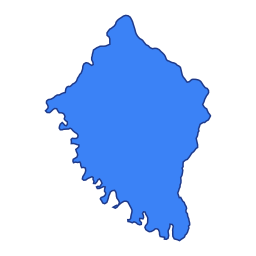 outline of Dom Bosco, Minas Gerais, Brazil
{"feature_id": "56859067B94759180544499", "entity_name": "Dom Bosco", "entity_type": "district", "adm_level": 2, "iso_a3": "BRA", "parent_name": "Brazil", "parent_adm1": "Minas Gerais", "projection": "robinson", "projection_center": [-46.303, -16.742], "detail": "fine", "context": "isolated", "style": "filled", "palette": "blue", "viewbox_px": 256, "rotation_deg": 0, "n_neighbors": 0, "source": "geoboundaries", "source_scale": "gbopen_adm2", "svg_char_len": 4843}
<svg xmlns="http://www.w3.org/2000/svg" viewBox="0 0 256 256"><path d="M93.5,50.0L92.9,52.6L92.4,54.4L92.2,56.0L91.7,57.5L91.7,59.8L92.9,62.2L93.2,64.5L91.7,65.4L90.0,64.4L88.1,63.1L86.0,62.7L83.9,63.9L82.9,66.2L82.6,69.0L81.8,71.4L81.1,73.1L79.8,74.4L78.8,76.3L77.6,78.1L77.0,79.8L76.3,81.4L74.6,83.1L72.7,84.0L71.3,85.5L70.0,86.5L68.3,86.4L66.8,87.2L65.9,88.8L65.5,90.8L65.3,92.5L63.5,92.9L61.4,93.7L59.5,94.9L57.2,95.0L55.1,96.3L54.0,97.4L52.8,98.2L50.9,99.2L48.3,99.6L46.6,101.0L46.4,103.0L47.4,104.6L48.1,106.2L48.1,107.8L47.0,109.3L45.5,110.8L47.1,112.5L49.7,112.6L51.0,111.5L52.8,109.7L54.6,108.5L56.7,108.7L57.7,110.7L59.2,112.8L61.5,112.8L63.0,113.3L64.2,114.4L65.0,116.5L64.2,118.9L65.4,120.5L67.3,121.8L67.4,124.3L66.2,125.8L64.6,125.1L63.5,123.7L62.2,122.5L60.3,124.2L59.5,126.3L59.2,128.1L60.3,129.8L62.1,129.8L63.6,129.3L66.3,129.1L68.7,129.0L70.0,128.2L71.5,128.9L73.0,130.7L74.6,132.1L76.0,133.0L77.3,134.0L78.1,135.5L77.7,137.4L76.3,138.4L74.3,138.5L72.3,138.3L71.1,139.4L71.4,141.9L71.3,143.6L73.4,143.5L75.2,143.9L76.8,144.5L78.9,145.0L78.8,146.8L77.2,148.4L75.8,149.4L76.4,151.5L77.3,153.4L77.7,155.0L76.9,157.1L74.8,158.4L73.2,159.3L72.9,161.1L73.5,162.7L75.5,162.1L77.7,162.5L79.8,162.0L80.6,163.5L80.8,165.5L81.6,167.6L83.6,167.4L85.4,168.1L85.7,170.8L85.1,172.8L84.1,174.7L82.9,176.5L82.3,179.0L83.7,180.2L85.8,180.0L87.6,178.6L89.1,177.9L90.6,177.3L91.9,176.7L93.2,177.5L93.0,179.4L94.0,181.3L93.5,183.4L95.3,183.6L96.9,181.8L98.0,179.8L99.5,178.9L100.9,180.7L102.0,183.3L100.7,185.2L99.7,186.6L97.9,186.3L96.5,186.9L97.3,188.5L99.3,188.5L101.4,187.6L103.4,186.6L105.2,187.0L104.6,189.2L104.5,191.2L105.7,192.9L105.5,194.6L104.3,196.1L102.6,197.0L101.1,197.5L100.3,198.9L101.6,200.8L102.8,203.0L104.7,203.7L106.8,202.4L107.7,200.1L108.4,197.8L108.8,195.8L109.7,193.9L110.4,192.0L112.2,190.7L114.6,190.3L115.9,192.3L116.3,194.2L116.4,196.1L117.0,198.3L118.2,199.8L119.4,202.2L118.5,205.3L120.7,203.3L122.4,202.2L124.2,201.2L126.2,201.2L127.8,201.9L128.9,203.8L129.9,205.8L131.1,208.0L132.0,210.1L131.9,212.2L131.4,214.1L130.9,216.4L130.7,218.3L129.7,219.7L127.8,219.7L128.0,221.5L130.2,221.9L132.3,222.8L134.0,221.8L136.0,222.6L137.7,224.1L139.7,224.8L141.3,224.4L141.4,222.6L139.6,220.5L139.7,218.5L141.4,218.5L142.9,218.9L143.6,217.5L143.4,215.4L142.5,213.6L143.5,211.8L145.1,212.1L145.8,214.3L146.8,215.8L147.8,217.9L147.7,220.5L147.6,222.7L146.8,224.3L145.6,225.6L144.9,227.4L145.8,229.6L147.5,230.8L149.2,231.7L151.2,231.5L153.7,230.2L155.3,228.8L157.0,228.8L158.3,229.5L159.4,231.8L159.6,234.7L160.2,236.5L162.3,236.9L164.6,237.3L164.4,239.1L166.3,239.3L168.0,238.3L168.7,235.6L168.4,233.6L168.1,231.9L168.3,230.2L169.2,228.7L169.9,226.5L170.0,224.2L172.3,224.5L173.3,226.2L172.9,228.2L172.6,230.1L172.8,232.0L172.7,233.8L172.9,236.4L174.3,238.9L175.9,239.3L177.5,239.7L179.5,240.6L181.5,239.1L183.1,238.1L184.5,237.0L185.2,235.0L186.4,234.0L187.5,232.1L188.2,229.8L188.9,228.1L188.5,226.1L189.7,224.9L189.6,222.9L189.0,220.5L188.7,218.7L187.7,216.3L187.4,213.7L186.1,212.2L185.9,210.2L186.6,208.4L186.1,206.5L184.9,204.4L184.2,202.4L182.8,201.2L181.6,199.1L180.7,197.4L179.3,197.7L178.4,195.0L177.7,193.0L178.5,191.1L179.2,188.7L180.0,187.0L180.1,184.9L180.9,182.8L181.0,180.4L180.7,177.6L181.9,175.4L182.4,173.1L182.8,170.3L182.1,168.1L183.1,166.7L183.0,164.9L183.2,162.0L185.4,160.1L187.3,159.4L189.1,157.2L190.3,155.4L191.7,153.2L193.8,151.5L195.0,149.9L196.1,148.4L197.6,147.5L197.6,144.7L196.8,141.3L196.2,138.3L197.4,136.1L197.8,134.2L198.0,132.4L198.9,131.0L198.5,129.0L199.4,126.6L200.1,124.3L201.7,123.3L203.3,122.4L204.7,122.5L206.4,121.0L208.4,119.9L209.4,118.1L210.5,115.9L209.6,114.3L208.5,113.1L207.5,111.0L206.7,108.9L205.0,107.8L203.9,106.6L202.7,104.4L204.0,101.7L204.7,99.3L205.6,97.6L206.5,95.8L207.7,94.3L208.6,92.6L208.5,90.4L207.2,88.5L205.2,87.7L203.4,85.5L202.0,83.3L200.8,81.5L199.5,80.5L198.1,79.9L195.9,79.4L193.8,79.3L192.1,79.4L190.8,80.3L189.3,81.7L187.2,82.2L186.0,80.7L184.8,78.9L183.2,77.0L182.3,75.2L181.7,72.8L181.1,70.1L180.4,67.3L178.9,66.0L177.2,65.2L175.7,63.7L173.9,62.9L172.2,62.6L170.5,61.9L169.0,61.1L167.5,60.6L166.4,59.5L165.8,57.9L165.2,56.3L164.2,54.7L162.7,53.1L160.9,51.5L159.2,49.7L156.9,48.5L154.9,48.3L152.4,48.7L150.1,47.7L148.3,45.8L146.0,44.7L144.2,42.5L142.6,40.3L141.3,39.4L139.8,38.6L138.6,37.4L137.5,36.1L136.3,34.1L135.6,32.4L135.2,30.7L134.7,28.8L134.0,26.6L133.1,23.7L132.6,21.9L131.6,19.7L130.2,17.2L128.2,15.8L125.7,15.4L123.4,16.1L121.1,17.7L119.3,18.8L117.5,20.3L116.1,22.2L115.6,24.2L114.1,26.2L112.6,27.3L111.2,28.4L109.7,29.2L108.3,31.0L107.0,32.9L107.1,35.4L109.1,37.0L109.8,39.0L109.8,41.5L109.9,44.2L107.7,45.2L105.7,46.0L104.1,46.2L101.4,46.2L100.0,46.3L98.4,47.1L96.9,47.7L95.3,48.8L93.5,50.0ZM118.5,205.3L116.6,205.3L115.2,206.0L113.1,207.2L115.3,208.2L117.0,207.2L118.5,205.3Z" fill="#3b82f6" stroke="#1e3a8a" stroke-width="1.5"/></svg>